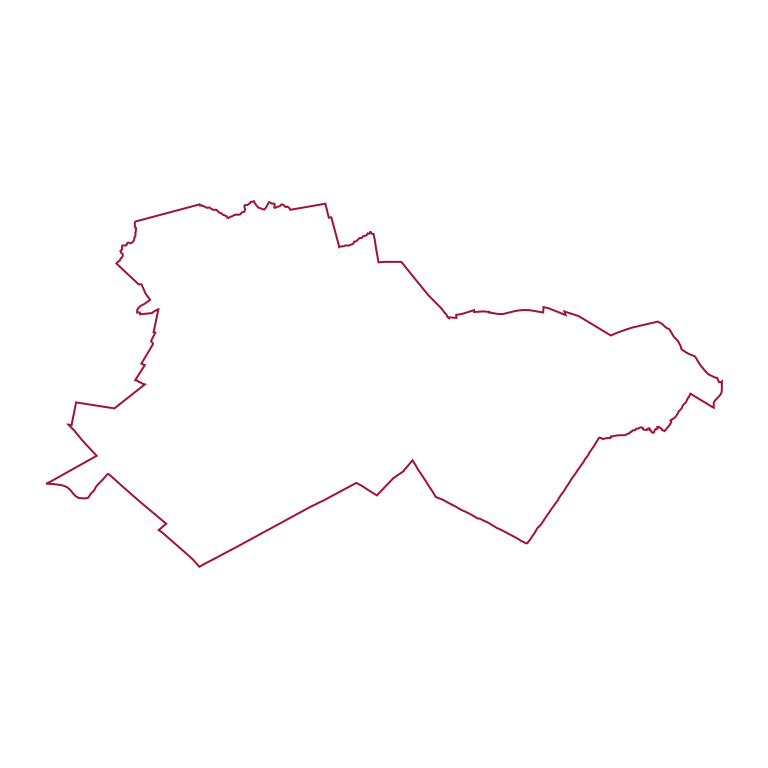 Costeiu, Timis, Romania
{"feature_id": "2599482B27087775210367", "entity_name": "Costeiu", "entity_type": "district", "adm_level": 2, "iso_a3": "ROU", "parent_name": "Romania", "parent_adm1": "Timis", "projection": "robinson", "projection_center": [21.905, 45.75], "detail": "fine", "context": "isolated", "style": "outline", "palette": "rose", "viewbox_px": 768, "rotation_deg": 0, "n_neighbors": 0, "source": "geoboundaries", "source_scale": "gbopen_adm2", "svg_char_len": 6097}
<svg xmlns="http://www.w3.org/2000/svg" viewBox="0 0 768 768"><path d="M199.3,566.8L205.2,563.5L217.0,557.4L222.1,554.6L236.2,547.2L311.4,506.3L315.5,504.4L320.5,501.8L322.2,501.2L356.3,482.9L361.8,485.8L369.3,490.7L376.9,495.4L393.4,478.1L403.0,471.6L404.1,470.6L404.4,469.7L405.6,468.5L409.8,463.6L412.4,460.3L416.0,465.8L416.9,467.7L426.7,482.5L428.3,485.3L432.6,491.6L435.1,495.8L436.0,496.8L435.9,497.0L443.4,500.0L446.8,502.0L456.8,507.2L459.8,509.1L463.7,511.0L465.3,511.6L471.1,514.6L476.0,517.4L477.3,518.4L478.2,518.4L480.4,518.9L483.3,520.5L487.9,522.5L490.9,524.3L491.9,525.1L492.5,525.3L496.9,528.0L500.2,529.4L502.3,530.5L503.3,530.9L508.1,533.6L517.0,538.2L519.9,540.0L520.4,540.6L524.3,542.3L525.3,543.2L527.4,543.2L527.9,542.3L530.8,538.7L531.3,537.6L534.8,532.7L536.9,528.9L538.0,527.3L538.5,527.2L539.1,526.7L539.4,526.0L540.8,524.8L546.8,515.7L550.1,511.1L551.0,509.6L556.6,501.9L557.7,500.6L558.3,499.7L558.4,498.9L558.9,498.1L561.3,494.5L562.0,493.8L563.6,491.6L566.2,487.3L567.7,485.1L572.2,478.0L575.3,473.8L577.5,470.4L583.7,461.7L585.5,458.4L587.4,456.3L588.6,454.3L589.0,453.2L594.7,445.0L595.3,443.7L597.8,439.9L598.6,438.4L599.2,437.7L600.0,437.7L602.1,438.5L602.9,439.1L603.4,439.2L603.8,438.8L605.4,438.3L610.7,437.8L610.9,437.4L610.9,436.4L612.0,436.4L615.9,435.6L618.8,435.3L624.9,435.2L626.3,434.6L627.8,433.7L629.2,433.5L629.4,433.4L629.8,432.5L631.5,431.7L632.0,431.3L632.3,430.5L632.6,430.3L634.6,430.3L635.1,430.1L635.6,429.1L637.3,428.6L637.6,428.7L638.2,428.6L640.0,427.5L641.2,427.3L641.5,427.7L642.5,427.8L642.9,428.0L642.9,428.8L643.6,429.7L646.8,430.0L646.9,429.6L647.3,428.9L648.7,428.4L649.5,428.3L649.7,428.5L649.7,428.8L649.5,430.0L650.8,430.3L651.4,431.8L652.0,432.4L653.6,432.8L653.8,432.5L654.6,430.5L655.4,429.2L655.8,429.1L656.4,429.3L656.7,429.0L657.2,428.8L657.8,428.2L657.9,427.9L657.3,427.1L657.6,427.0L658.8,427.0L659.9,427.5L661.0,428.5L661.8,428.9L661.8,429.8L664.5,431.1L666.0,429.5L667.2,427.8L668.3,426.8L668.4,426.4L669.4,425.3L670.3,423.9L671.3,421.9L671.2,421.5L670.4,420.5L674.2,418.1L675.6,416.8L677.6,413.7L678.9,411.2L681.4,408.6L682.2,407.0L682.5,406.1L683.1,405.2L684.0,404.0L685.5,402.8L686.1,402.0L688.0,397.8L688.7,397.5L690.4,393.7L712.4,407.0L713.8,407.7L713.7,403.2L714.0,402.1L714.7,400.9L718.4,397.0L720.6,394.4L721.6,392.2L721.9,388.4L721.8,386.7L721.9,381.4L721.1,382.1L720.2,382.3L719.1,382.2L718.8,382.0L718.5,380.9L717.2,377.9L714.7,377.4L712.8,376.5L712.2,376.1L709.4,374.9L708.0,373.9L704.5,370.2L700.1,364.8L695.1,356.6L694.7,356.3L688.6,353.8L685.5,352.0L681.5,349.3L680.6,346.0L678.2,341.4L676.5,339.4L673.7,336.6L669.5,329.4L665.9,327.5L662.0,323.9L657.9,321.6L632.1,327.6L624.1,330.2L617.1,332.8L610.8,335.5L578.7,316.1L564.4,311.5L565.6,315.1L557.3,311.7L548.0,308.1L543.5,307.1L543.2,312.5L529.9,310.2L523.5,310.0L517.4,310.6L513.7,311.4L503.0,314.0L498.9,314.1L489.1,312.5L489.2,311.9L485.2,311.6L483.2,311.3L481.8,311.6L480.6,311.5L478.2,311.8L474.0,311.9L474.0,310.2L461.4,314.1L456.2,314.8L456.4,317.9L449.3,317.3L449.0,318.2L447.4,316.8L446.8,315.4L446.1,314.1L444.3,312.3L442.0,309.2L439.9,306.9L428.2,295.0L414.6,278.4L401.4,261.9L385.1,261.9L378.5,262.3L376.2,249.3L374.6,238.9L373.5,233.9L372.7,234.0L372.1,233.8L371.4,233.3L370.7,232.0L370.3,232.0L370.0,232.3L369.5,233.5L369.1,233.7L368.6,233.7L367.6,233.4L367.3,233.7L367.1,234.5L366.4,235.4L362.9,236.4L362.0,237.7L361.0,238.0L359.6,238.0L358.3,239.2L357.2,240.4L355.7,241.5L354.2,241.6L353.5,243.1L352.7,244.1L351.1,244.6L349.1,245.5L347.6,245.6L345.9,245.3L343.2,246.3L340.4,246.5L339.1,247.1L339.1,246.3L331.3,217.3L328.8,217.7L325.4,203.7L290.2,209.8L289.6,208.5L289.0,207.7L288.2,207.1L287.1,206.5L286.7,206.8L286.0,207.0L285.6,206.9L284.8,206.4L283.2,204.8L281.9,204.4L281.3,204.5L280.0,206.0L278.8,206.5L277.2,206.8L276.4,207.3L274.8,207.9L274.3,207.3L274.3,206.5L274.8,204.5L274.7,204.1L274.0,203.6L272.1,203.6L271.3,203.4L270.7,202.8L268.9,202.1L266.0,207.6L264.1,209.6L258.4,207.6L256.3,205.3L254.7,202.9L253.9,201.2L253.4,201.3L252.7,201.8L252.2,201.9L251.0,201.7L250.5,202.2L250.1,203.1L248.9,203.7L247.7,204.8L247.0,205.0L245.0,205.2L244.5,205.6L244.3,206.2L245.1,209.5L244.6,211.1L244.1,211.8L242.5,212.2L241.6,212.6L240.6,214.2L240.0,214.5L237.3,214.8L236.7,214.5L235.9,214.5L235.1,214.9L233.9,215.2L232.6,216.0L231.5,216.5L230.5,216.7L228.4,218.0L227.5,217.9L226.8,216.6L226.3,216.1L224.1,215.2L222.7,214.7L221.4,213.3L219.1,212.5L216.6,210.0L216.0,209.7L213.9,209.9L211.9,209.2L209.6,207.6L208.7,207.5L207.3,207.8L206.4,207.6L205.6,207.1L204.2,206.4L202.7,206.0L201.8,205.3L200.9,205.6L200.0,205.6L199.6,204.4L135.5,221.5L135.1,221.9L134.7,223.2L134.9,224.6L134.7,226.5L135.2,227.3L136.0,227.9L136.1,228.3L135.8,230.1L135.8,231.8L135.3,233.0L135.5,234.7L135.4,235.8L135.3,236.3L134.3,237.6L134.3,239.0L134.1,240.0L133.8,240.6L132.5,242.2L130.9,243.3L130.2,243.3L128.6,242.6L127.8,242.7L127.5,242.9L127.0,243.7L126.7,244.8L126.2,245.3L125.3,245.6L124.1,245.4L122.9,245.4L122.4,245.6L122.2,245.9L122.0,247.1L122.3,248.6L122.2,249.0L121.6,249.9L120.4,250.9L121.1,252.7L122.2,253.5L122.7,254.2L122.8,255.5L122.3,257.1L122.2,257.3L121.2,257.9L120.5,259.0L120.1,260.0L119.7,260.6L117.3,262.3L116.4,263.5L138.7,284.4L141.5,284.3L145.7,293.8L150.1,299.8L148.0,301.4L144.2,304.0L140.3,306.1L139.0,307.4L137.2,309.8L137.2,312.6L138.6,312.4L139.9,312.5L140.1,314.3L151.9,313.1L153.5,311.8L157.6,309.5L158.4,309.3L153.6,332.2L155.3,332.6L151.1,340.9L151.4,341.7L152.8,343.1L153.1,343.9L141.4,363.7L144.8,365.1L135.2,380.2L135.7,380.4L137.0,380.5L138.7,381.8L140.2,382.3L142.9,383.9L144.8,384.4L114.4,408.4L76.1,402.4L71.7,424.4L71.7,425.0L68.5,424.7L75.1,431.4L75.4,432.0L82.5,440.6L95.6,454.7L96.7,455.8L49.3,482.3L48.7,482.3L47.7,483.0L46.1,483.7L54.0,484.1L61.6,485.2L64.3,486.0L67.3,487.4L69.2,488.9L71.3,491.1L73.7,494.3L75.5,496.0L78.7,498.0L84.5,498.4L86.5,498.2L88.1,497.6L88.9,496.8L90.6,493.9L94.1,490.4L95.6,487.5L96.5,486.0L101.2,481.2L105.5,476.6L107.4,474.1L108.9,474.2L123.4,487.2L139.3,501.2L166.2,523.7L158.7,530.1L162.5,532.7L189.3,556.2L193.3,559.9L199.3,566.8Z" fill="none" stroke="#9f1239" stroke-width="2"/></svg>